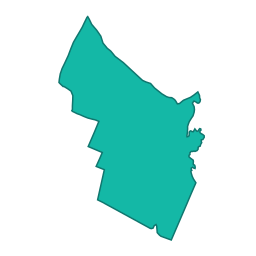 outline of Prey Veng, Prey Vêng, Cambodia, rotated 203°
{"feature_id": "14789045B86524925966817", "entity_name": "Prey Veng", "entity_type": "district", "adm_level": 2, "iso_a3": "KHM", "parent_name": "Cambodia", "parent_adm1": "Prey Vêng", "projection": "robinson", "projection_center": [105.325, 11.475], "detail": "fine", "context": "isolated", "style": "filled", "palette": "teal", "viewbox_px": 256, "rotation_deg": 203, "n_neighbors": 0, "source": "geoboundaries", "source_scale": "gbopen_adm2", "svg_char_len": 2160}
<svg xmlns="http://www.w3.org/2000/svg" viewBox="0 0 256 256"><g transform="rotate(203 128 128)"><path d="M208.6,214.8L209.0,213.8L209.1,211.7L209.3,208.1L209.5,202.9L210.1,198.0L211.0,191.3L211.7,185.6L211.6,178.8L211.3,171.3L211.6,162.7L211.9,157.0L211.5,151.4L210.3,146.2L209.3,142.9L207.2,142.0L203.9,140.8L203.2,141.2L199.1,140.6L194.9,139.7L191.4,136.2L189.6,131.6L187.8,126.6L186.4,123.3L186.5,122.0L185.7,121.6L183.4,121.5L180.5,121.3L177.4,121.5L173.4,121.4L168.9,121.5L164.7,122.1L161.3,122.7L157.4,122.7L157.3,110.7L157.4,95.4L145.3,95.4L142.1,95.4L142.1,89.3L142.3,80.2L133.5,80.4L127.9,50.0L122.8,49.7L68.4,44.3L67.2,44.5L65.8,45.6L65.7,48.3L64.5,50.1L63.3,49.0L60.2,43.1L57.2,41.7L55.2,41.2L44.4,41.8L44.2,80.2L44.2,92.3L44.1,104.1L45.7,105.2L47.9,106.7L50.1,108.7L52.0,111.0L53.3,112.7L52.7,114.0L53.6,114.5L54.1,115.9L53.3,117.0L51.7,116.8L50.5,116.9L50.8,118.1L51.6,119.3L52.3,119.9L53.5,119.8L54.1,120.9L54.8,122.9L55.5,123.9L56.8,124.2L58.6,124.6L60.6,125.3L61.2,126.7L60.6,127.7L61.3,129.3L60.9,130.7L60.1,131.5L59.3,131.6L58.2,132.6L57.2,132.6L55.6,134.2L55.2,135.8L55.9,137.7L55.4,138.7L54.5,139.4L54.7,141.9L54.4,143.3L55.3,144.3L55.9,145.8L54.6,146.6L54.4,147.7L54.2,149.3L54.9,150.7L56.9,151.3L58.6,151.4L59.7,151.8L60.4,152.4L60.4,153.5L60.0,154.6L60.7,155.6L61.7,155.5L62.1,154.4L62.2,152.8L63.2,151.9L64.3,152.3L66.1,153.3L66.3,151.1L66.5,150.1L67.6,149.7L68.5,149.9L69.5,149.7L70.0,148.3L69.7,147.4L69.3,146.3L68.7,144.9L69.5,143.4L70.3,143.0L70.8,144.0L71.1,145.3L71.7,147.4L72.3,149.0L72.7,150.3L73.2,151.5L73.7,152.4L74.0,155.1L74.1,157.7L73.5,161.6L72.9,164.6L73.3,168.4L74.0,170.9L75.5,173.5L77.4,175.1L78.4,176.1L78.1,177.6L77.8,178.6L75.7,178.5L74.1,178.1L73.2,178.2L72.3,179.1L72.0,180.4L72.4,182.4L73.7,183.6L74.9,185.9L77.8,188.5L80.4,183.8L82.5,180.6L87.8,175.2L90.2,170.6L92.0,169.5L94.5,171.4L95.9,172.2L97.2,172.6L99.6,173.0L102.2,172.1L104.8,171.9L110.3,172.7L119.2,175.2L124.6,177.8L129.5,177.4L133.2,177.5L137.2,178.9L147.5,182.6L157.7,186.3L167.9,188.9L173.8,192.0L178.3,193.3L184.2,196.4L188.9,201.9L194.9,205.7L201.9,209.2L206.2,213.0L208.6,214.8Z" fill="#14b8a6" stroke="#0f766e" stroke-width="1.5"/></g></svg>